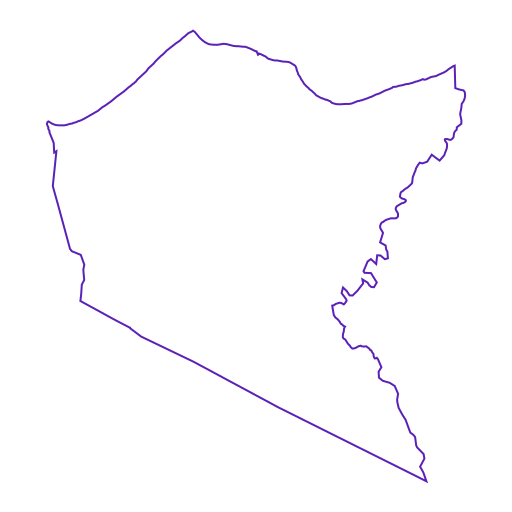 North Guadalcanal, Guadalcanal, Solomon Islands (Equal Earth projection)
{"feature_id": "97153195B68303818667914", "entity_name": "North Guadalcanal", "entity_type": "district", "adm_level": 2, "iso_a3": "SLB", "parent_name": "Solomon Islands", "parent_adm1": "Guadalcanal", "projection": "equal_earth", "projection_center": [160.207, -9.472], "detail": "fine", "context": "isolated", "style": "outline", "palette": "violet", "viewbox_px": 512, "rotation_deg": 0, "n_neighbors": 0, "source": "geoboundaries", "source_scale": "gbopen_adm2", "svg_char_len": 4640}
<svg xmlns="http://www.w3.org/2000/svg" viewBox="0 0 512 512"><path d="M454.7,65.6L453.4,66.1L451.2,67.5L448.7,69.1L446.5,70.9L444.2,72.3L437.8,75.1L436.2,76.0L431.1,77.0L425.8,79.5L424.1,79.7L422.8,79.1L421.1,80.0L417.0,81.4L415.8,81.6L412.6,82.8L408.4,83.9L405.8,84.2L402.4,85.2L398.9,85.8L396.3,86.7L393.3,86.9L392.6,87.3L392.0,87.9L390.1,88.7L388.7,89.3L385.0,90.6L379.1,93.6L375.8,94.6L371.0,97.0L369.9,97.2L367.3,98.4L366.4,98.6L361.4,100.4L360.6,100.4L359.0,101.0L357.7,101.1L351.8,103.5L348.6,104.0L346.3,103.9L339.8,104.3L336.1,104.1L332.2,103.0L331.0,102.1L330.8,101.6L326.6,99.7L325.9,99.8L324.6,99.2L320.5,97.7L316.2,95.3L314.7,93.6L311.9,91.0L309.2,89.0L308.7,88.2L306.8,86.6L304.1,83.8L302.1,80.5L301.2,79.3L300.1,77.0L298.2,74.3L297.8,72.6L296.9,70.6L296.3,68.0L295.5,66.2L295.2,65.7L290.2,62.6L288.5,62.0L285.8,61.7L283.1,61.6L277.3,60.5L274.1,60.4L268.5,58.8L267.3,58.0L265.6,56.5L263.7,55.7L263.2,55.3L262.4,55.1L261.2,54.3L260.3,54.0L258.9,54.1L258.0,54.8L257.8,54.4L258.4,53.4L257.4,53.1L256.8,52.4L256.7,51.4L254.6,50.8L251.1,49.0L245.6,46.8L242.7,46.7L237.2,46.1L236.6,46.3L235.4,46.1L233.0,45.8L226.9,44.2L224.6,43.9L222.5,43.9L220.8,44.3L217.2,44.8L213.1,44.7L209.4,44.3L207.6,43.6L204.5,41.9L202.2,40.1L199.5,37.6L198.1,35.9L194.8,31.9L193.0,30.7L192.2,31.3L188.3,33.2L185.2,36.0L182.6,38.0L180.5,40.1L178.4,41.7L176.2,43.1L166.8,50.5L162.6,54.7L161.2,55.7L158.1,58.7L155.2,61.6L153.7,63.5L148.9,67.9L148.0,68.9L146.3,71.3L137.4,79.5L136.0,81.4L134.5,82.7L134.0,83.3L133.2,83.7L129.7,86.6L128.6,87.3L127.1,88.7L123.6,91.7L116.9,96.5L110.9,101.5L104.5,106.0L102.5,107.1L98.0,110.8L84.4,118.6L80.8,120.4L77.5,121.5L75.9,122.3L73.8,122.8L71.9,123.6L70.0,123.8L67.0,124.8L64.5,125.3L58.6,125.3L55.6,125.0L52.3,123.8L48.5,121.4L48.3,121.4L47.4,122.3L46.9,123.8L47.5,125.8L48.4,127.3L48.2,128.2L48.6,129.4L49.5,131.0L49.4,132.2L53.7,142.9L54.2,152.6L56.4,151.2L52.8,186.1L54.6,192.6L58.0,204.7L70.0,248.8L71.8,251.2L80.8,254.9L84.3,264.7L83.3,269.8L84.2,280.0L81.8,284.6L81.2,294.0L80.4,301.0L110.7,317.6L117.2,321.1L130.1,327.8L130.2,328.3L141.2,336.6L192.0,361.0L194.4,362.2L231.4,382.1L262.6,398.9L271.0,403.4L277.6,407.0L422.1,479.1L426.4,481.3L423.3,472.4L420.1,466.7L424.4,458.6L423.6,454.1L417.1,447.4L416.2,445.4L415.1,437.0L413.2,434.7L410.3,432.6L405.6,419.8L402.3,414.6L398.7,408.0L397.4,402.5L397.1,399.8L398.1,393.8L394.7,386.0L389.7,382.8L382.8,380.8L379.0,377.7L378.6,371.7L381.4,367.2L377.9,359.1L376.8,357.8L376.3,357.9L375.8,358.4L374.7,358.4L373.9,357.0L373.7,356.2L373.5,354.2L373.3,353.7L372.5,352.8L371.2,350.4L370.0,349.9L369.3,348.6L366.2,346.3L365.1,346.5L363.2,346.5L361.7,346.3L360.7,345.7L358.5,346.3L356.8,347.2L356.1,347.7L354.6,348.3L352.4,348.6L350.6,347.0L350.0,345.8L347.8,343.6L345.6,340.0L344.8,339.2L343.8,338.7L343.2,338.1L342.9,337.3L342.8,336.0L343.1,333.6L343.8,331.4L344.0,328.9L344.5,327.4L345.0,326.6L343.5,325.9L341.9,324.3L341.0,323.9L340.1,322.6L340.0,322.1L337.8,319.4L335.4,317.5L333.9,315.2L333.6,313.9L332.2,305.6L334.0,305.2L335.9,303.8L337.2,303.5L339.3,302.7L341.3,303.0L343.8,304.4L345.3,302.8L346.6,300.8L346.2,299.3L341.6,293.1L343.0,287.5L346.7,291.0L349.6,295.4L352.6,295.5L357.4,290.8L363.2,283.3L362.4,279.4L367.6,282.6L369.2,285.2L371.3,287.0L374.0,287.2L376.8,282.5L371.0,273.1L364.5,272.8L363.5,271.3L367.6,261.5L370.9,259.1L376.2,264.0L377.2,255.3L380.5,255.5L384.9,259.2L387.9,258.3L387.4,251.7L386.2,249.4L385.6,245.5L380.1,242.4L383.0,232.9L382.3,231.5L381.2,229.8L380.2,227.8L380.1,226.0L380.7,224.2L381.5,222.9L382.5,222.1L383.5,221.8L384.2,221.0L385.5,220.2L387.1,219.5L389.4,218.8L390.7,218.3L392.2,218.3L393.4,218.4L395.4,218.3L396.4,218.1L397.5,217.2L398.0,216.2L398.0,213.9L397.8,213.0L396.4,210.8L395.8,209.6L395.7,208.5L396.3,206.9L397.0,206.1L398.0,205.5L401.9,203.2L403.2,203.0L405.1,202.0L405.7,201.3L405.9,200.3L404.6,199.3L403.5,198.9L402.1,198.6L400.2,197.2L399.9,196.1L400.1,195.5L400.5,193.2L401.1,192.1L402.9,190.9L404.9,189.1L407.6,187.5L410.0,185.3L411.9,183.4L412.3,181.8L412.5,179.4L412.9,176.7L413.5,175.4L414.8,171.9L415.5,170.5L415.8,169.0L416.2,168.0L416.9,166.9L417.9,165.1L419.7,162.7L422.4,163.4L427.2,161.7L431.7,154.7L439.6,160.6L444.2,155.3L445.2,152.5L446.6,148.9L447.0,147.0L447.1,145.2L446.9,143.6L446.5,142.7L445.2,141.0L444.8,139.7L445.0,139.2L446.1,139.0L447.5,139.1L449.2,139.7L450.5,139.9L451.3,139.5L452.7,138.4L453.5,137.2L454.0,133.5L454.5,132.1L455.5,130.7L456.5,130.0L456.8,128.7L456.8,127.3L461.3,123.8L461.4,120.2L460.2,114.6L460.3,112.9L461.3,108.1L461.7,103.9L463.5,101.3L464.7,98.3L465.1,95.6L464.8,92.2L463.5,90.4L458.9,89.4L455.3,88.1L454.7,65.6Z" fill="none" stroke="#5b21b6" stroke-width="2"/></svg>